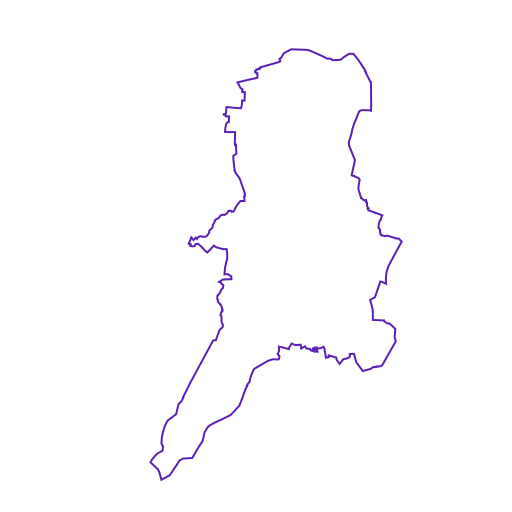 outline of Tepetlaoxtoc, México, Mexico, rotated 74°
{"feature_id": "50627088B33487225996828", "entity_name": "Tepetlaoxtoc", "entity_type": "district", "adm_level": 2, "iso_a3": "MEX", "parent_name": "Mexico", "parent_adm1": "México", "projection": "albers", "projection_center": [-98.771, 19.549], "detail": "fine", "context": "isolated", "style": "outline", "palette": "violet", "viewbox_px": 512, "rotation_deg": 74, "n_neighbors": 0, "source": "geoboundaries", "source_scale": "gbopen_adm2", "svg_char_len": 6079}
<svg xmlns="http://www.w3.org/2000/svg" viewBox="0 0 512 512"><g transform="rotate(74 256 256)"><path d="M67.0,165.2L68.6,172.6L69.3,173.9L72.7,177.6L72.9,179.1L75.5,179.0L75.9,180.9L75.8,200.0L76.9,200.3L76.7,201.5L77.2,201.6L76.8,204.2L77.6,204.4L77.8,205.9L79.3,206.2L80.1,204.9L80.9,205.0L81.0,204.3L84.7,205.4L85.0,205.6L85.0,207.6L84.6,213.1L84.0,225.8L84.1,226.0L85.2,225.6L90.2,224.6L91.2,223.9L92.1,223.0L94.5,224.1L95.5,221.5L103.5,224.2L102.7,226.5L104.5,227.1L106.5,227.8L108.3,228.7L109.8,229.7L108.0,234.9L107.8,235.1L107.1,237.4L106.0,239.8L104.8,243.3L111.2,245.9L110.6,248.7L112.3,246.4L113.5,246.6L114.3,243.5L119.6,245.1L119.4,245.5L119.4,245.9L120.7,248.2L124.4,250.1L128.2,251.6L128.9,249.5L131.1,241.9L142.3,245.4L143.6,245.6L143.6,244.6L152.4,246.7L152.9,248.7L153.4,250.2L156.8,251.1L164.3,252.4L167.6,252.8L167.8,253.2L171.2,252.4L176.8,250.4L177.8,250.3L192.9,249.4L193.0,249.7L195.1,250.0L195.0,250.3L195.3,250.8L196.0,251.2L196.7,251.2L200.0,251.9L198.8,255.8L201.3,259.5L204.8,263.2L207.1,265.2L207.0,266.0L206.7,266.3L206.8,266.8L206.7,267.3L206.3,267.5L205.7,267.6L205.4,267.9L205.4,269.2L205.2,269.4L205.1,269.5L205.0,270.0L206.0,270.8L206.3,271.4L207.1,272.3L207.3,273.3L207.9,275.2L207.1,276.5L207.3,277.6L207.1,278.2L207.1,278.5L207.5,279.3L208.3,280.1L208.7,280.7L209.3,281.8L209.5,282.4L209.5,283.7L209.6,284.1L210.2,284.8L210.4,285.7L210.6,285.9L211.6,286.2L212.2,286.6L213.1,287.6L213.9,288.7L214.4,289.1L215.4,289.3L216.6,290.0L217.7,291.7L218.2,292.9L218.6,293.6L219.0,294.1L220.0,294.3L220.8,294.8L221.6,295.7L222.9,297.3L223.5,298.6L223.0,301.6L222.2,302.8L221.5,304.4L222.6,307.6L223.2,308.1L221.7,308.8L223.5,311.7L220.3,313.1L224.0,315.9L225.5,317.3L226.6,315.5L227.8,316.6L229.2,314.5L229.6,312.4L228.9,311.7L228.1,311.0L228.0,310.4L228.0,309.7L228.1,309.1L228.4,308.3L232.0,305.9L236.7,303.6L237.8,302.9L239.2,301.8L234.4,293.6L236.6,291.9L240.2,286.1L241.3,282.3L242.4,282.6L244.8,282.8L247.8,283.5L251.4,284.8L252.1,285.2L253.5,286.3L253.4,286.3L256.2,287.6L257.0,288.1L258.7,289.0L262.5,290.4L265.0,291.4L265.6,288.2L268.8,285.4L271.5,286.0L269.5,294.3L270.8,298.6L271.7,297.3L273.4,296.8L273.8,296.2L275.0,295.5L275.3,295.5L276.1,295.8L276.6,296.2L277.3,296.5L277.9,296.8L278.1,297.5L278.7,298.6L281.0,300.5L281.3,300.5L281.7,301.3L283.1,303.1L282.9,303.4L283.1,303.7L285.6,304.9L286.4,304.9L286.8,305.1L287.9,304.9L288.0,304.7L289.3,305.3L291.3,304.5L291.5,304.0L292.5,303.9L292.8,303.4L297.3,302.9L298.1,303.5L298.3,303.4L299.0,303.1L299.7,304.0L300.0,303.8L301.2,305.5L303.0,306.1L303.3,306.5L304.6,305.8L310.0,307.3L313.6,306.7L315.2,307.8L317.2,311.6L325.9,317.8L325.3,320.4L359.7,354.1L372.6,365.9L371.4,364.2L375.3,368.0L376.9,371.2L386.1,376.4L389.7,386.0L392.0,388.5L393.9,390.1L396.1,391.7L400.7,394.6L404.2,396.4L409.3,398.3L410.2,398.5L411.4,398.4L413.3,397.8L417.4,399.5L418.5,404.5L419.6,406.9L420.4,408.3L422.9,411.9L425.3,414.3L434.0,409.1L437.3,408.5L445.0,408.6L443.0,399.3L431.5,385.8L430.6,382.0L432.6,372.9L423.8,363.8L419.3,358.4L411.3,354.0L407.5,349.9L406.1,347.3L404.8,341.6L403.6,333.7L401.8,324.1L395.3,313.3L389.2,308.6L381.0,302.8L381.1,302.6L378.4,300.3L378.2,300.6L376.6,299.1L375.2,296.9L372.0,295.3L371.1,294.7L367.3,291.9L364.0,288.9L360.3,274.4L360.0,272.5L360.0,267.7L361.6,263.3L361.3,262.3L358.7,261.0L356.1,262.2L353.5,259.9L349.5,259.0L350.7,256.5L354.6,250.1L353.4,249.7L350.0,245.8L352.5,242.8L353.6,237.5L357.4,238.0L356.3,233.9L358.8,232.9L360.5,229.4L361.7,229.5L363.9,226.3L364.9,223.2L362.8,223.2L361.9,225.4L361.3,226.9L360.6,226.7L361.0,225.2L360.2,224.9L360.7,222.8L361.6,223.0L361.8,222.8L361.7,222.6L362.4,219.7L362.1,217.0L361.8,216.2L362.6,215.9L363.7,215.8L373.0,216.8L373.4,214.0L371.6,213.5L374.0,209.6L375.7,206.8L377.8,207.1L382.8,205.4L380.2,201.7L379.3,200.7L379.5,197.3L379.2,194.1L378.3,193.4L376.1,192.9L376.7,190.1L377.1,188.8L385.7,188.9L396.0,185.1L396.1,176.6L395.6,175.7L395.0,173.5L395.8,171.9L395.5,171.1L395.5,170.8L395.6,170.7L395.9,170.6L395.7,170.0L395.8,170.0L396.2,167.3L396.2,166.1L395.9,164.9L376.6,145.2L372.3,145.1L364.8,142.3L364.6,142.1L360.7,144.3L357.6,146.4L357.4,147.2L357.2,147.8L356.8,148.4L356.1,149.2L353.9,150.9L353.2,150.7L349.7,161.3L343.1,159.4L338.9,158.5L329.7,158.4L328.4,153.0L314.8,143.5L315.8,141.9L318.5,138.6L316.6,138.2L316.2,137.9L315.2,137.9L313.6,137.4L308.1,135.3L306.3,134.3L302.2,131.4L301.1,130.4L282.3,112.0L278.5,114.0L278.0,116.0L277.5,116.4L277.5,117.1L276.6,118.0L275.9,119.1L275.3,120.3L274.5,121.4L273.6,122.4L273.3,122.9L272.9,123.8L272.9,124.2L272.4,125.0L272.5,126.3L270.8,129.7L270.4,129.9L270.5,129.3L269.9,129.8L268.6,130.3L268.1,130.3L267.7,130.0L266.8,130.2L266.3,129.8L266.0,129.9L265.0,129.5L262.7,130.4L262.5,130.2L262.1,130.3L261.4,130.1L260.3,129.7L260.0,129.4L258.4,128.8L257.6,128.1L256.8,127.8L256.5,127.4L255.6,126.6L255.7,126.3L255.3,125.9L254.7,125.7L254.1,125.1L253.2,124.8L251.7,123.4L247.8,128.7L247.7,129.2L247.6,129.5L247.3,129.7L247.1,129.6L243.1,135.2L242.8,135.2L241.5,135.7L241.1,134.8L240.6,135.3L240.1,135.1L238.8,135.5L235.1,134.6L234.9,134.8L234.8,135.2L234.2,135.5L233.8,135.5L233.2,134.8L232.9,134.8L232.4,134.9L232.5,135.9L232.0,136.8L231.3,137.6L230.4,138.0L229.7,138.5L229.3,139.1L228.9,139.1L228.0,138.8L227.0,139.1L223.8,139.0L222.9,139.1L220.2,139.2L217.2,138.2L211.4,135.4L210.8,135.4L210.0,135.7L208.6,136.7L208.3,137.5L207.4,138.2L207.0,139.0L206.0,139.3L205.9,139.5L206.0,140.0L206.0,140.4L204.8,141.8L198.8,138.6L191.9,134.8L190.6,134.5L189.3,134.6L186.1,135.0L180.3,135.5L178.6,135.8L175.4,136.0L173.9,135.9L171.2,134.9L168.0,132.6L162.9,129.5L161.3,128.8L155.2,124.8L152.8,122.7L150.1,120.5L148.5,119.5L146.2,117.6L145.4,116.8L145.1,115.9L145.0,114.8L145.1,113.5L147.0,107.5L147.6,106.2L148.1,105.5L142.4,103.6L120.9,97.7L120.9,97.9L108.9,100.1L109.0,99.8L105.1,100.5L105.1,100.8L103.7,101.1L101.0,102.0L100.9,101.9L96.0,103.5L89.7,106.1L88.5,106.6L87.2,110.9L89.4,117.7L89.9,118.7L90.6,120.8L89.5,126.1L88.8,128.6L87.1,129.7L86.2,131.8L86.0,133.0L82.5,136.7L81.7,137.7L73.2,147.8L71.8,150.5L67.0,165.2Z" fill="none" stroke="#5b21b6" stroke-width="2"/></g></svg>